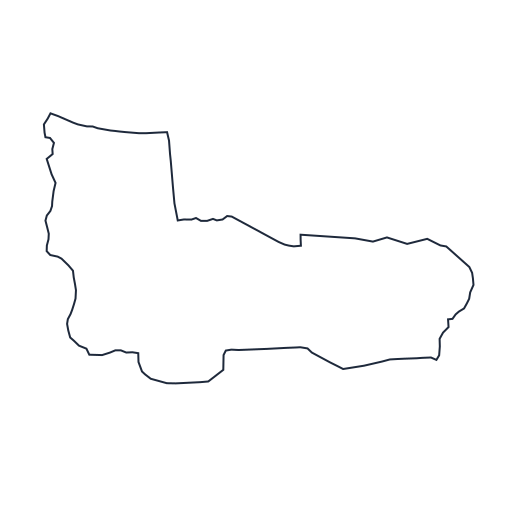 Cruz, Ceará, Brazil (Natural Earth projection), rotated 3°
{"feature_id": "56859067B90634068804727", "entity_name": "Cruz", "entity_type": "district", "adm_level": 2, "iso_a3": "BRA", "parent_name": "Brazil", "parent_adm1": "Ceará", "projection": "natural_earth1", "projection_center": [-40.336, -2.885], "detail": "fine", "context": "isolated", "style": "outline", "palette": "slate", "viewbox_px": 512, "rotation_deg": 3, "n_neighbors": 0, "source": "geoboundaries", "source_scale": "gbopen_adm2", "svg_char_len": 1889}
<svg xmlns="http://www.w3.org/2000/svg" viewBox="0 0 512 512"><g transform="rotate(3 256 256)"><path d="M160.7,137.0L152.3,137.8L140.0,139.1L132.9,139.5L119.1,139.1L112.8,138.8L108.6,138.5L104.1,138.3L91.2,136.7L86.1,135.2L80.2,135.4L71.2,133.9L66.4,132.4L50.9,126.6L43.3,124.3L40.8,129.7L37.3,135.7L38.4,143.9L39.5,148.4L44.1,148.9L48.3,153.6L47.0,159.9L47.6,164.8L41.9,170.0L47.6,185.1L52.0,193.5L50.5,201.7L50.1,207.0L49.7,212.3L49.7,216.9L48.3,221.8L45.0,226.5L43.9,231.7L46.1,238.7L47.9,244.6L47.9,250.2L46.6,256.4L46.7,262.1L50.5,265.8L58.0,267.0L61.9,268.8L65.2,271.7L69.2,275.2L74.0,280.3L75.1,286.9L76.7,293.5L78.0,299.6L78.0,308.0L76.7,313.8L75.2,319.5L73.8,323.8L71.4,328.9L70.9,333.7L72.4,340.1L74.7,347.1L78.4,350.0L83.9,354.8L91.5,357.4L94.7,363.3L107.5,363.0L115.2,360.1L120.4,357.6L126.0,357.3L131.5,359.2L137.6,358.6L143.5,359.2L144.2,368.0L148.2,377.3L151.4,380.0L157.3,384.1L173.6,387.7L182.6,387.4L207.0,384.9L214.9,383.8L229.3,371.4L228.8,356.6L230.8,352.0L236.3,350.8L243.5,350.8L264.0,348.9L271.7,348.2L282.1,347.1L290.6,346.2L300.3,345.3L305.0,344.8L312.3,345.6L316.8,349.5L335.6,358.4L344.3,362.2L348.9,364.3L369.6,359.9L387.4,354.8L395.1,352.3L401.4,351.6L409.4,350.8L421.9,349.7L427.4,349.0L436.0,348.2L441.6,350.3L444.1,345.6L444.3,336.7L443.7,329.1L446.8,322.7L452.0,316.9L451.1,309.2L455.5,308.5L458.4,303.9L461.5,300.9L466.5,297.5L469.1,292.2L471.1,287.6L471.8,281.1L474.7,273.5L473.8,267.0L472.7,261.5L469.6,255.8L445.5,236.5L439.6,235.8L431.8,232.4L426.1,229.9L406.3,236.0L385.8,230.6L372.0,235.5L354.0,233.2L299.4,232.4L299.7,237.3L300.3,243.4L293.2,244.4L288.3,243.9L284.0,243.1L277.9,240.8L229.7,217.9L225.1,217.6L220.7,221.3L215.0,222.5L211.1,221.2L205.3,223.5L199.2,223.8L194.1,221.2L189.6,223.0L182.0,223.3L176.0,224.6L171.8,207.7L169.4,191.1L165.9,165.5L164.8,158.6L163.1,145.3L160.7,137.0Z" fill="none" stroke="#1e293b" stroke-width="2"/></g></svg>